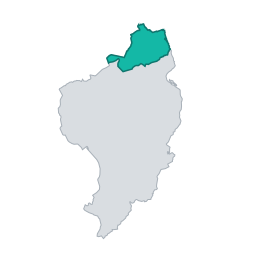 Sistan and Baluchestan highlighted on a map of Iran, rotated 242°
{"feature_id": "IRN-3247", "entity_name": "Sistan and Baluchestan", "entity_type": "Province", "adm_level": 1, "iso_a3": "IRN", "parent_name": "Iran", "parent_adm1": "", "projection": "mercator", "projection_center": [61.271, 28.254], "detail": "fine", "context": "in_parent", "style": "filled", "palette": "teal", "viewbox_px": 256, "rotation_deg": 242, "n_neighbors": 0, "source": "natural_earth", "source_scale": "10m", "svg_char_len": 8103}
<svg xmlns="http://www.w3.org/2000/svg" viewBox="0 0 256 256"><g transform="rotate(242 128 128)"><path d="M130.2,77.6L132.6,77.7L137.2,76.2L137.6,75.8L139.0,72.7L140.5,71.3L143.2,69.6L145.0,69.0L151.2,69.3L151.7,68.0L152.7,67.3L159.4,67.7L160.4,68.7L160.8,70.5L166.4,72.1L167.6,72.6L168.9,73.9L170.1,74.3L171.5,73.7L172.4,74.1L173.9,73.8L178.2,75.7L178.8,77.7L179.6,78.6L180.5,79.4L184.0,81.0L185.0,81.8L187.5,85.5L194.4,85.4L194.9,86.2L194.8,87.7L195.3,91.4L194.7,92.8L195.6,94.0L195.5,96.3L195.8,97.9L195.1,100.1L194.3,100.5L194.7,102.4L194.0,104.3L194.1,105.0L193.0,106.6L192.9,107.2L190.9,108.7L192.4,110.8L190.2,111.0L188.8,113.3L189.1,116.0L188.8,117.4L189.0,118.2L189.6,118.7L192.5,119.2L192.6,119.6L189.4,123.5L189.6,125.0L191.8,132.9L191.5,136.9L191.8,140.9L199.3,142.0L200.1,143.1L200.6,145.3L200.6,146.9L200.4,147.8L192.0,157.8L196.2,162.8L196.4,163.9L198.9,168.7L201.3,171.2L205.4,172.6L207.3,174.4L209.0,174.3L208.9,176.8L209.5,181.8L209.0,184.2L210.4,184.6L212.7,184.3L213.5,184.7L213.9,185.6L213.4,186.0L213.4,188.0L212.9,188.5L212.6,190.3L209.3,190.4L206.2,191.2L205.1,191.9L204.4,193.2L203.4,193.1L203.1,193.6L200.9,194.5L200.1,198.3L199.3,199.3L198.6,204.7L198.1,204.7L197.0,205.7L190.4,203.9L189.7,202.6L189.0,202.4L188.0,203.6L184.7,202.9L183.5,203.1L182.8,202.7L181.0,202.7L179.6,201.9L175.9,202.6L173.7,201.2L171.3,200.8L168.4,200.8L166.0,199.8L164.8,200.2L164.2,199.5L160.7,198.9L159.5,196.4L159.5,195.2L158.6,193.1L158.3,190.0L157.5,187.8L156.0,185.9L151.9,184.8L149.8,185.4L148.2,186.5L145.6,187.1L143.6,189.1L142.5,189.0L137.7,191.8L136.7,191.7L133.1,189.9L131.5,189.5L128.3,189.6L126.5,188.3L126.1,187.4L121.9,185.4L119.3,183.6L118.5,181.9L117.3,180.6L114.8,179.6L113.4,178.5L109.4,178.1L106.7,175.4L106.6,174.6L105.0,171.6L104.7,169.4L104.4,168.8L103.0,167.9L102.8,167.4L103.1,166.0L101.3,165.1L101.0,164.5L101.0,162.3L96.8,157.2L95.9,154.3L95.1,154.2L91.3,156.1L90.2,155.0L86.8,153.2L86.4,152.5L87.2,152.2L88.0,152.5L88.5,152.1L88.3,151.5L87.5,151.1L86.4,151.1L86.7,151.7L85.6,152.3L85.4,153.0L85.6,155.1L85.2,155.7L83.4,156.1L82.3,156.8L81.3,156.0L81.0,154.4L80.4,153.4L79.4,153.1L78.7,152.1L77.6,151.6L77.5,146.1L74.6,146.0L74.6,141.8L75.9,137.7L73.1,134.0L71.8,131.1L71.0,130.6L69.6,130.6L64.7,126.8L62.9,125.7L60.6,125.4L60.3,124.1L60.9,122.5L59.8,120.6L59.4,120.0L58.4,119.7L58.5,118.5L57.2,118.6L54.9,115.1L54.2,114.6L55.5,112.0L54.6,109.8L55.1,108.0L56.3,108.1L56.7,105.7L58.9,103.2L60.8,102.1L61.0,101.3L60.6,100.0L59.4,98.3L59.5,96.8L59.9,96.1L61.9,95.3L62.0,95.0L61.1,94.5L57.6,94.5L55.7,92.8L53.9,92.3L52.8,88.6L52.5,88.1L51.7,88.0L51.1,87.3L50.8,84.8L49.6,83.7L48.6,79.9L48.5,79.0L48.8,78.2L46.9,76.5L46.6,74.0L47.0,73.4L44.7,71.6L43.7,71.5L43.6,71.2L45.1,67.3L45.8,66.4L44.4,65.8L44.4,63.8L44.0,62.2L44.2,60.7L43.3,59.5L43.0,58.8L43.3,57.1L42.4,56.3L41.9,54.4L45.2,53.9L45.8,51.1L47.0,49.9L49.0,51.3L51.9,55.9L53.7,57.2L54.9,58.7L61.1,60.3L62.4,59.8L64.5,59.9L67.2,57.1L68.4,56.7L71.5,53.9L75.4,51.3L77.4,50.9L80.3,54.2L78.6,55.2L78.3,56.0L78.5,56.8L79.9,57.6L80.0,58.6L79.6,59.0L77.9,59.5L77.4,60.5L79.2,61.9L80.1,63.2L81.1,63.5L82.7,65.5L85.2,65.2L85.7,70.0L87.1,73.9L89.7,75.6L96.4,76.9L97.2,77.6L98.3,79.8L100.0,81.3L105.2,84.3L111.0,85.7L114.8,85.6L128.9,82.2L130.2,82.2L128.1,83.1L128.9,83.4L130.7,83.4L131.1,83.1L131.1,82.5L130.2,77.6ZM150.4,187.6L149.6,188.8L148.4,189.8L147.4,189.5L143.6,191.0L142.6,190.9L142.5,190.4L146.7,188.7L146.8,188.3L146.6,187.4L147.9,187.7L149.4,187.0L150.7,186.8L151.3,187.3L150.4,187.6Z" fill="#d9dde1" stroke="#a8b0b8" stroke-width="1"/><path d="M198.8,142.0L199.3,142.0L199.5,142.1L199.7,142.3L200.0,142.7L200.0,142.9L200.0,143.3L200.0,143.5L200.3,144.1L200.4,144.4L200.4,144.7L200.4,144.8L200.6,145.1L200.7,145.5L200.7,145.9L200.7,146.1L200.5,146.4L200.5,146.5L200.6,147.3L200.5,147.5L200.4,147.8L199.6,148.7L198.5,150.0L197.5,151.3L196.8,152.1L195.8,153.3L195.3,153.9L194.5,154.8L193.2,156.4L192.5,157.2L192.0,157.8L192.7,158.7L193.2,159.2L193.7,159.9L194.4,160.8L195.1,161.6L195.9,162.5L196.0,162.6L196.4,162.8L196.5,163.1L196.4,163.3L196.3,163.6L196.3,163.8L196.4,164.0L196.7,164.3L196.8,164.5L196.9,164.9L196.9,165.0L197.0,165.1L197.3,165.2L197.4,165.3L197.4,165.5L197.5,165.7L197.7,165.8L197.7,166.0L197.6,166.3L197.8,166.4L197.9,166.5L198.3,167.4L198.3,167.6L198.4,167.8L198.7,168.2L198.9,168.8L199.2,169.1L200.1,169.9L200.5,170.4L201.0,171.0L201.3,171.3L201.5,171.4L202.0,171.5L202.4,171.8L202.7,171.8L203.3,171.9L203.6,172.0L204.3,172.3L205.5,172.5L205.8,172.7L205.9,172.8L206.0,173.0L206.3,173.2L206.5,173.3L206.5,173.5L207.2,174.3L207.4,174.5L208.9,174.2L209.1,174.3L209.1,174.6L209.0,175.7L208.8,176.8L209.0,177.5L209.2,178.5L209.3,179.1L209.4,179.9L209.4,180.4L209.5,181.3L209.5,181.9L209.5,182.3L209.0,183.3L209.2,183.5L209.2,183.8L209.2,184.0L208.9,184.2L209.3,184.5L209.5,184.6L209.8,184.5L210.0,184.6L210.5,184.7L211.0,184.6L211.7,184.4L211.9,184.4L212.1,184.4L212.7,184.2L212.8,184.2L212.9,184.3L213.1,184.5L213.4,184.6L213.5,184.7L213.6,184.8L213.7,185.0L214.1,185.7L213.9,185.6L213.7,185.6L213.4,185.8L213.3,186.1L213.3,186.3L213.3,187.4L213.4,187.6L213.5,187.8L213.5,188.1L213.4,188.2L213.0,188.3L212.9,188.4L212.8,188.5L212.8,190.0L212.7,190.4L212.5,190.6L212.4,190.6L212.2,190.5L212.2,190.4L211.8,190.5L211.5,190.5L211.1,190.4L210.3,190.4L209.6,190.4L209.0,190.4L208.9,190.4L208.8,190.5L208.7,190.7L208.6,190.8L208.3,190.8L208.2,190.8L207.9,190.8L207.8,191.0L207.6,191.0L206.1,191.2L205.9,191.3L205.7,191.5L205.5,191.4L205.5,191.5L205.4,191.5L205.2,191.6L204.9,191.7L204.9,191.8L204.9,192.0L204.8,192.3L204.6,192.5L204.6,192.9L204.6,193.1L204.5,193.3L204.1,193.3L203.7,193.1L203.4,193.1L203.2,193.3L203.2,193.6L202.8,193.7L202.6,193.8L202.4,193.9L202.1,194.1L201.0,194.4L200.8,194.6L200.7,194.8L200.6,195.1L200.5,195.7L200.4,196.3L200.3,196.9L200.2,197.7L200.1,198.4L200.1,198.6L199.8,198.8L199.6,198.8L199.4,198.8L199.3,199.1L199.3,199.4L199.4,199.8L199.4,200.2L199.3,200.3L199.2,200.4L199.1,200.5L199.1,201.2L199.0,202.0L198.9,203.0L198.9,203.9L198.6,204.7L198.5,204.4L198.4,204.3L198.4,204.2L198.2,204.2L198.2,204.3L198.2,204.5L198.3,204.7L198.2,204.7L197.9,204.6L197.7,204.8L197.9,204.8L198.0,204.9L198.0,205.0L197.9,205.2L197.8,205.3L197.7,205.5L197.1,205.7L197.2,205.8L197.0,206.1L195.5,205.6L195.0,205.5L195.0,205.3L194.9,205.1L193.6,204.6L192.2,204.4L190.9,204.1L190.1,204.0L189.9,203.9L190.1,203.8L189.9,203.4L189.8,202.8L189.8,202.7L189.5,202.4L189.3,202.3L189.2,202.2L189.0,202.3L188.4,202.5L188.2,202.7L188.0,202.8L188.0,203.0L188.0,203.3L188.3,203.4L188.5,203.5L188.4,203.5L188.6,203.7L188.6,203.8L188.2,203.7L187.9,203.5L187.7,203.4L187.3,203.4L187.0,203.2L186.9,202.9L186.5,202.9L186.3,203.0L186.2,203.0L186.4,203.3L186.3,203.5L186.1,203.5L185.9,203.4L185.5,203.3L185.4,203.3L185.3,203.1L185.2,203.1L184.8,203.1L184.4,203.2L183.9,203.2L183.6,203.4L183.2,203.3L182.8,202.9L182.4,202.8L181.4,202.9L181.0,202.9L180.3,202.7L179.9,202.3L179.6,202.1L179.1,202.2L178.0,202.4L177.8,202.4L177.7,202.2L178.0,202.1L178.0,201.9L177.8,201.7L177.7,201.6L177.4,201.1L177.3,200.9L177.2,200.8L177.1,200.6L177.0,200.4L176.7,200.3L176.5,200.1L176.4,199.7L176.2,199.2L174.5,197.7L174.2,197.5L174.0,197.3L174.0,197.0L174.2,196.8L174.3,196.7L174.5,196.3L174.5,195.9L174.5,195.3L174.6,195.0L174.8,194.9L174.7,194.5L174.9,194.3L175.1,193.9L175.0,193.6L174.7,193.2L174.5,192.6L174.7,192.2L175.0,191.8L175.0,191.5L174.7,191.2L174.8,190.6L175.1,189.8L174.6,188.8L173.9,188.1L173.7,187.4L173.8,186.7L173.7,186.4L173.5,185.5L173.5,184.5L174.5,180.5L174.7,179.3L174.6,175.8L175.6,174.5L175.9,173.6L175.6,173.1L174.9,172.5L174.5,172.0L175.0,171.7L176.1,171.4L178.1,170.2L178.5,169.9L178.8,169.6L178.8,169.2L178.7,168.8L178.5,168.2L178.4,167.4L178.3,166.7L178.4,166.1L179.2,164.9L179.5,163.9L179.5,163.0L179.2,160.9L178.8,160.0L178.4,159.7L178.2,159.5L178.3,158.6L180.1,150.1L180.4,150.0L187.1,148.1L187.6,148.2L187.9,148.5L188.1,148.7L188.9,148.9L190.0,149.7L191.4,151.7L192.2,152.3L193.4,152.3L193.7,152.2L193.8,151.9L193.8,151.6L193.4,149.6L193.3,148.8L193.5,146.1L193.9,144.6L194.5,143.2L194.6,141.9L194.5,141.3L196.0,141.6L197.7,141.8L198.8,142.0Z" fill="#14b8a6" stroke="#0f766e" stroke-width="1.5"/></g></svg>